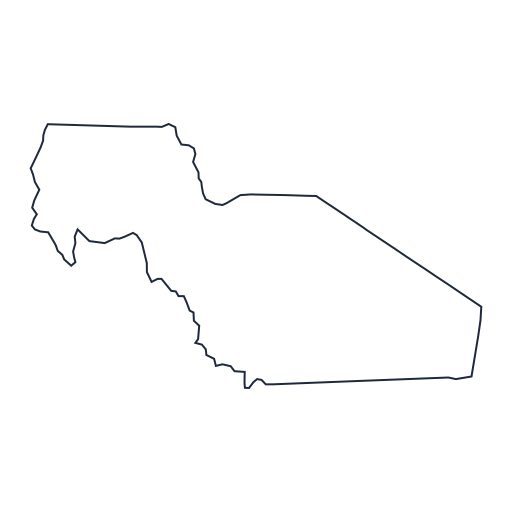 Mantenópolis, Espírito Santo, Brazil
{"feature_id": "56859067B5994146036846", "entity_name": "Mantenópolis", "entity_type": "district", "adm_level": 2, "iso_a3": "BRA", "parent_name": "Brazil", "parent_adm1": "Espírito Santo", "projection": "equal_earth", "projection_center": [-41.118, -18.871], "detail": "fine", "context": "isolated", "style": "outline", "palette": "slate", "viewbox_px": 512, "rotation_deg": 0, "n_neighbors": 0, "source": "geoboundaries", "source_scale": "gbopen_adm2", "svg_char_len": 1500}
<svg xmlns="http://www.w3.org/2000/svg" viewBox="0 0 512 512"><path d="M31.8,225.5L34.8,229.4L40.3,231.5L48.2,232.3L55.6,244.9L57.8,251.0L62.3,254.8L64.2,259.4L71.2,265.7L75.4,262.2L74.1,257.3L73.1,251.5L75.4,243.1L74.7,236.7L77.6,229.4L89.4,241.1L104.7,243.1L114.8,238.4L119.5,238.6L124.7,236.7L133.0,232.9L136.7,235.1L141.8,242.5L146.8,263.1L146.9,272.1L151.6,281.9L157.6,278.9L161.5,278.9L171.3,290.9L175.8,291.4L178.5,296.1L183.8,296.1L186.4,301.9L189.7,310.6L193.5,312.5L193.9,320.8L199.2,325.7L198.1,339.1L195.4,342.9L201.9,344.6L205.8,349.4L206.4,355.0L214.1,358.8L215.9,365.9L222.5,364.3L230.7,366.2L234.5,371.2L244.7,371.9L244.5,382.6L244.9,387.8L249.0,388.0L253.5,382.1L257.1,379.1L261.6,379.9L265.7,384.3L273.6,384.3L350.0,381.3L448.5,377.5L455.8,379.1L471.5,376.5L478.2,336.1L480.5,320.2L481.3,306.8L454.2,288.5L447.1,283.7L441.5,280.0L436.0,276.4L426.9,270.2L415.1,262.4L406.5,256.7L394.9,248.8L366.8,230.1L363.1,227.4L332.1,206.6L326.6,203.0L316.2,196.0L306.9,195.8L285.5,195.1L257.9,194.6L251.2,194.4L240.4,195.1L226.3,203.3L222.5,205.0L215.2,203.9L205.6,199.2L203.1,193.5L201.9,187.2L201.3,182.0L198.7,178.4L198.5,172.4L193.1,162.0L195.4,154.0L193.9,148.4L188.8,145.3L181.4,144.5L176.7,135.7L175.3,127.2L168.7,124.0L161.8,126.9L156.9,126.7L143.0,126.7L131.2,126.7L47.8,124.2L44.9,129.9L43.3,135.5L43.1,140.7L40.5,147.7L36.0,157.3L30.7,168.3L33.1,174.8L34.9,182.0L39.3,189.7L34.2,200.6L32.2,207.7L36.8,214.3L34.0,218.7L31.8,225.5Z" fill="none" stroke="#1e293b" stroke-width="2"/></svg>